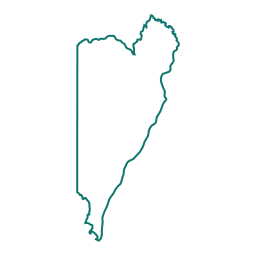 the district of Boa Vista, Roraima, Brazil
{"feature_id": "56859067B27069997070739", "entity_name": "Boa Vista", "entity_type": "district", "adm_level": 2, "iso_a3": "BRA", "parent_name": "Brazil", "parent_adm1": "Roraima", "projection": "equal_earth", "projection_center": [-60.644, 3.017], "detail": "fine", "context": "isolated", "style": "outline", "palette": "teal", "viewbox_px": 256, "rotation_deg": 0, "n_neighbors": 0, "source": "geoboundaries", "source_scale": "gbopen_adm2", "svg_char_len": 5170}
<svg xmlns="http://www.w3.org/2000/svg" viewBox="0 0 256 256"><path d="M77.4,45.5L77.3,73.2L77.3,75.5L77.3,78.1L77.3,79.5L77.3,89.5L77.3,91.4L77.2,146.2L77.2,147.8L77.2,148.8L77.2,157.2L77.2,163.1L77.2,164.1L77.2,192.2L78.3,193.0L79.4,193.8L79.8,194.4L80.0,195.0L80.6,195.3L81.2,195.0L81.6,195.4L82.1,196.4L82.5,197.6L82.6,198.5L82.8,199.0L83.3,199.1L83.8,198.8L84.3,198.2L84.8,197.9L85.4,198.0L85.8,198.3L86.2,198.7L86.6,199.5L87.1,199.9L87.8,200.9L88.7,201.7L89.1,202.5L89.4,204.0L89.4,206.3L89.5,207.1L89.7,207.9L89.7,208.5L89.7,209.9L89.6,210.8L89.4,211.5L89.2,212.1L89.1,212.9L89.4,213.9L89.2,214.6L87.8,214.6L87.5,215.3L87.7,217.3L87.0,218.5L86.4,220.2L85.8,221.5L85.4,222.3L85.3,223.0L86.0,222.8L86.7,223.0L87.7,223.0L88.5,223.3L89.0,223.6L89.4,223.8L90.3,224.5L90.9,224.8L92.0,224.9L92.4,225.5L92.5,226.8L92.4,228.4L91.9,228.9L91.5,229.5L89.7,231.6L89.5,232.1L89.5,232.7L89.8,233.3L90.2,233.6L90.7,233.3L90.9,232.8L91.1,232.0L91.8,231.5L92.6,231.6L93.7,232.4L94.3,232.9L95.8,234.2L97.0,235.9L97.5,236.8L97.7,237.4L97.6,238.0L97.2,238.4L96.3,238.8L96.0,239.3L96.7,239.6L98.0,240.3L98.5,240.6L99.1,240.5L99.7,239.8L100.2,239.3L100.6,239.0L101.0,237.8L101.3,237.1L101.7,235.5L101.9,233.6L101.7,231.4L101.9,229.7L102.1,227.0L102.6,223.3L102.6,220.5L102.3,218.0L102.7,216.7L103.4,214.4L104.3,211.9L106.8,206.7L107.9,203.9L108.6,201.3L109.2,199.5L110.2,197.7L111.0,196.6L113.5,193.2L115.7,189.1L117.1,187.2L117.9,186.3L119.1,185.2L119.9,184.5L120.7,183.3L121.5,181.0L122.1,178.8L122.5,177.1L123.1,175.7L123.6,173.9L123.8,171.1L123.9,170.3L124.1,169.5L124.8,167.8L125.8,165.7L126.0,165.2L126.5,164.1L127.2,162.8L128.1,161.7L129.4,160.8L132.9,159.2L133.6,158.7L134.3,158.0L135.8,156.2L138.5,153.5L140.0,151.7L141.2,149.8L142.5,147.5L143.5,145.0L144.6,141.6L145.5,140.3L145.9,139.6L146.3,138.7L147.0,137.6L147.7,136.4L148.3,134.5L148.8,131.1L149.1,130.0L149.5,129.0L150.1,127.9L150.6,127.0L151.4,126.0L152.0,125.4L153.5,124.5L155.1,123.3L155.7,122.6L155.9,122.0L156.1,121.5L156.3,120.8L156.5,118.5L156.6,117.8L156.8,117.2L160.0,111.9L160.8,110.2L161.6,108.0L162.9,104.4L163.5,103.3L164.2,102.1L164.8,101.3L165.7,100.4L166.1,99.9L166.3,99.0L165.9,98.3L165.1,97.4L164.7,96.7L164.5,95.6L164.8,93.1L164.8,92.5L164.8,91.7L164.7,90.9L164.5,90.3L164.1,89.8L163.4,88.4L163.1,87.5L162.9,86.9L162.6,86.2L161.9,84.2L161.3,82.4L161.0,80.9L160.9,79.8L160.9,78.7L161.1,77.7L161.6,75.9L162.3,74.5L162.7,74.1L163.1,73.8L168.3,72.0L168.9,71.8L169.8,71.0L170.2,70.5L170.6,69.3L170.4,67.7L170.3,66.9L170.4,66.1L170.6,65.5L171.0,64.9L171.7,63.9L172.7,62.6L173.4,61.5L173.7,60.4L173.7,59.7L173.4,59.1L173.2,58.5L173.3,57.7L173.3,57.1L173.1,55.5L173.1,54.8L173.2,53.8L173.5,53.1L173.6,52.0L174.0,51.4L176.2,50.2L177.1,49.0L176.8,47.3L177.7,46.3L178.3,46.0L178.8,45.2L178.8,44.4L178.6,43.4L178.3,42.5L177.4,41.4L177.1,40.8L176.5,40.3L176.8,39.3L176.9,38.8L176.8,38.2L176.4,37.6L175.7,37.3L175.2,36.6L175.2,35.7L175.4,34.9L175.3,34.2L174.8,33.8L174.1,34.4L173.6,34.3L172.6,32.9L172.4,32.0L173.2,32.0L173.7,31.5L173.4,29.7L172.4,28.8L172.0,28.2L171.3,26.8L170.3,26.7L169.7,26.0L169.1,26.0L169.0,27.0L168.6,27.6L166.4,26.4L166.0,26.1L165.6,25.6L165.2,25.1L165.2,24.5L165.8,23.6L165.3,22.9L164.0,22.6L163.0,21.7L161.7,22.6L161.3,22.5L161.1,21.7L161.0,20.1L160.1,20.6L159.6,19.8L159.2,19.6L158.4,19.3L157.6,19.5L157.2,19.8L157.5,20.5L156.9,20.3L156.4,20.0L155.9,20.3L155.2,20.0L154.9,18.7L154.4,18.3L154.0,18.0L153.5,17.9L153.5,17.2L153.1,16.6L152.4,15.8L151.9,15.5L151.4,15.4L150.8,15.4L150.8,16.0L150.6,17.1L150.5,17.7L150.1,18.2L150.0,18.8L149.7,19.5L149.5,20.0L148.9,20.7L148.5,21.1L148.0,21.3L147.4,21.4L147.1,21.9L146.8,22.4L146.4,22.9L146.4,23.8L146.2,24.3L146.1,25.2L146.4,26.0L146.5,26.5L146.4,27.2L144.3,25.3L144.1,26.3L143.9,26.9L143.6,27.6L143.3,28.3L143.4,28.9L143.2,29.7L142.9,30.7L142.5,31.0L141.9,31.4L140.9,31.9L140.7,32.7L140.6,33.5L140.6,34.1L141.4,34.8L141.7,35.7L141.5,36.7L141.2,38.6L140.9,39.4L140.4,39.8L139.6,39.5L138.9,39.6L138.1,39.7L137.4,39.7L137.2,40.5L137.2,41.3L136.5,42.0L135.8,42.4L135.2,43.0L134.8,43.3L134.2,43.9L133.7,43.9L133.4,44.5L133.3,45.3L133.5,46.0L133.6,47.1L134.1,48.3L134.1,49.0L134.0,50.3L134.0,50.9L134.0,51.7L134.0,52.9L134.3,53.5L134.6,54.4L133.9,54.4L133.5,54.2L132.8,53.5L132.3,52.8L132.0,52.0L131.7,51.2L131.4,50.6L131.1,50.2L130.5,49.7L127.5,48.5L127.0,48.2L126.3,47.5L125.7,46.4L125.4,45.8L125.0,45.0L124.7,44.3L123.8,43.5L123.3,43.3L122.2,42.4L121.6,41.9L120.7,40.8L120.1,40.5L119.5,40.6L118.9,40.5L117.8,40.1L117.4,40.0L116.7,39.7L116.2,39.3L115.5,38.2L114.9,37.1L114.5,36.6L114.1,36.4L113.8,35.9L113.3,35.9L112.3,35.9L111.4,35.9L110.9,35.8L110.2,35.7L109.6,35.8L108.9,35.9L108.0,36.3L107.4,36.5L106.6,37.3L106.1,37.8L105.6,38.5L104.6,38.6L103.8,38.9L103.2,38.8L102.5,38.9L101.7,38.7L101.1,38.7L100.2,38.9L99.1,39.8L98.6,39.9L98.0,39.6L97.5,39.4L96.7,39.0L96.3,39.0L95.5,39.0L94.2,39.3L93.2,39.7L92.5,40.0L92.1,40.5L91.9,40.9L91.6,41.4L91.1,42.1L90.2,42.6L89.4,42.4L88.8,42.1L88.5,41.3L87.6,39.7L87.0,39.5L86.4,39.5L85.2,39.4L84.6,39.6L84.2,39.8L83.8,40.2L83.4,40.6L82.9,40.8L82.4,40.9L82.0,41.1L81.5,41.7L81.0,42.3L79.9,42.8L79.3,43.2L78.9,43.7L78.7,44.4L78.4,44.8L78.0,45.1L77.4,45.5Z" fill="none" stroke="#0f766e" stroke-width="2"/></svg>